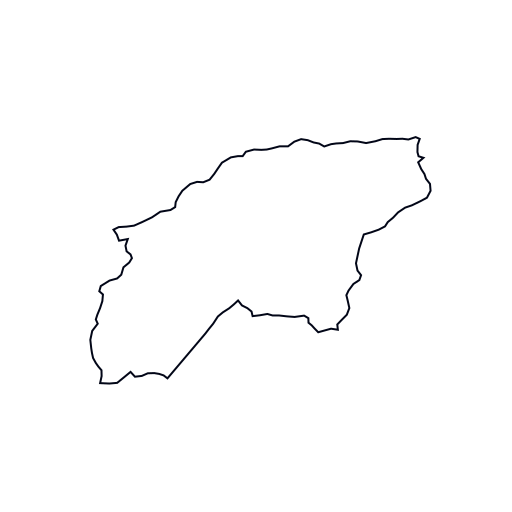 outline of São João Batista, Santa Catarina, Brazil, rotated 232°
{"feature_id": "56859067B88267193526754", "entity_name": "São João Batista", "entity_type": "district", "adm_level": 2, "iso_a3": "BRA", "parent_name": "Brazil", "parent_adm1": "Santa Catarina", "projection": "equal_earth", "projection_center": [-48.861, -27.328], "detail": "fine", "context": "isolated", "style": "outline", "palette": "ink", "viewbox_px": 512, "rotation_deg": 232, "n_neighbors": 0, "source": "geoboundaries", "source_scale": "gbopen_adm2", "svg_char_len": 1970}
<svg xmlns="http://www.w3.org/2000/svg" viewBox="0 0 512 512"><g transform="rotate(232 256 256)"><path d="M297.9,384.0L300.3,377.2L305.7,375.0L310.0,371.3L315.4,368.1L320.3,363.5L322.5,356.6L322.7,348.7L327.9,342.1L331.1,334.6L333.3,330.0L336.4,325.5L341.1,320.0L344.4,312.2L342.9,307.0L345.8,303.3L349.2,296.9L350.5,286.6L348.4,279.7L346.4,273.6L344.7,266.4L346.6,259.8L350.7,255.2L353.2,248.5L352.8,238.2L350.7,231.8L347.9,225.9L344.3,222.4L344.9,216.9L349.8,207.9L350.5,197.9L352.7,187.8L355.0,178.6L358.9,172.0L363.3,165.6L364.5,159.9L358.5,159.5L352.4,157.5L348.3,165.4L344.5,159.5L339.3,156.9L334.5,158.1L330.7,156.9L328.9,152.1L328.7,144.6L324.2,138.3L323.8,132.7L326.8,125.5L327.9,115.2L324.7,110.8L319.9,111.7L315.0,107.1L310.9,101.0L307.4,94.8L304.6,90.7L300.1,89.6L297.8,80.8L291.9,73.8L284.8,69.4L280.5,67.0L275.9,64.8L270.3,63.9L265.9,63.7L261.1,63.9L256.4,60.4L251.8,54.9L245.8,61.9L241.5,68.5L241.7,78.3L241.9,85.8L235.4,86.3L231.8,92.2L230.2,98.5L226.4,103.7L222.7,107.1L218.8,109.7L214.1,110.9L226.1,168.5L227.5,173.9L229.0,180.5L231.8,188.7L232.0,195.2L231.3,202.7L231.5,208.6L232.0,214.5L225.7,214.5L220.2,217.1L215.0,218.3L210.7,216.3L207.0,222.4L203.3,229.3L199.0,232.4L194.9,237.6L189.5,243.1L184.2,248.9L179.4,257.2L174.8,259.0L171.1,256.3L167.1,257.2L163.0,257.5L157.6,258.1L155.5,263.2L152.5,270.4L147.5,275.1L152.0,277.9L152.9,284.3L153.8,291.4L157.5,297.5L164.2,300.7L169.5,303.1L171.8,307.7L174.0,315.6L173.4,322.6L176.2,327.0L182.0,327.0L188.7,330.3L198.4,341.9L206.6,354.2L203.8,361.2L201.2,368.9L199.9,375.9L201.6,380.7L201.8,387.7L202.9,394.8L202.3,403.3L200.0,409.9L198.0,419.1L196.7,426.6L199.9,433.7L205.7,437.5L212.2,437.5L216.9,439.2L222.7,439.7L230.0,441.5L230.3,448.4L234.5,445.5L238.5,447.2L244.1,451.8L247.5,457.1L251.4,455.0L254.0,447.8L258.3,443.5L261.6,438.9L266.4,433.1L270.3,427.6L272.9,420.8L277.2,412.3L283.7,406.6L288.4,400.9L291.4,394.1L295.3,388.5L297.9,384.0Z" fill="none" stroke="#020617" stroke-width="2"/></g></svg>